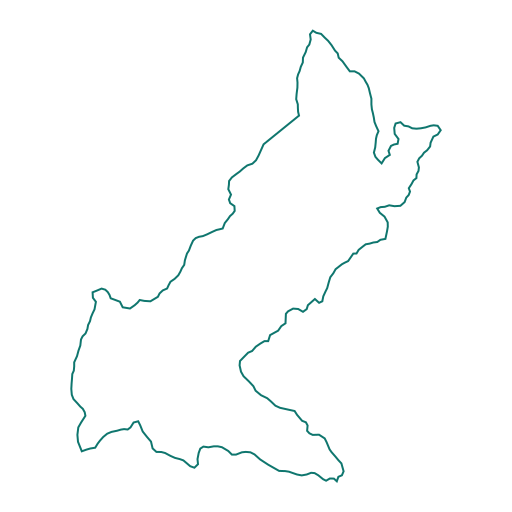 the district of Santo Anastácio, São Paulo, Brazil
{"feature_id": "56859067B41662494017714", "entity_name": "Santo Anastácio", "entity_type": "district", "adm_level": 2, "iso_a3": "BRA", "parent_name": "Brazil", "parent_adm1": "São Paulo", "projection": "orthographic", "projection_center": [-51.711, -22.014], "detail": "fine", "context": "isolated", "style": "outline", "palette": "teal", "viewbox_px": 512, "rotation_deg": 0, "n_neighbors": 0, "source": "geoboundaries", "source_scale": "gbopen_adm2", "svg_char_len": 4155}
<svg xmlns="http://www.w3.org/2000/svg" viewBox="0 0 512 512"><path d="M81.8,451.3L86.5,449.6L90.3,448.5L95.2,447.7L97.7,443.6L100.0,440.6L103.2,437.0L107.2,433.7L111.5,431.9L117.2,430.7L120.9,429.6L124.1,429.1L127.7,429.5L130.5,427.4L133.6,422.5L138.2,421.3L140.2,425.3L142.7,431.5L146.9,436.8L151.0,441.6L152.6,448.4L156.4,451.9L161.3,452.0L165.1,453.0L170.5,455.9L175.0,457.9L179.8,459.1L183.4,460.4L186.6,463.1L190.2,466.2L194.4,467.7L198.0,464.2L197.5,459.1L198.7,452.9L200.3,448.6L203.4,446.6L208.4,447.3L214.0,446.3L217.7,446.3L221.9,447.2L228.3,451.0L231.9,454.6L236.0,454.6L241.9,452.3L245.7,451.9L250.4,452.3L254.5,454.4L260.1,459.4L268.2,464.7L279.1,470.9L285.2,471.1L289.0,471.7L292.1,472.8L297.0,474.5L301.7,475.4L306.7,474.5L311.1,472.8L314.6,473.1L318.3,475.3L323.1,479.2L326.1,480.7L329.9,478.5L333.9,478.6L336.8,481.3L338.4,476.8L341.9,475.3L343.6,471.3L341.4,463.4L338.4,460.2L335.6,456.8L331.5,452.1L329.6,449.4L326.6,442.2L324.7,438.4L319.0,434.7L312.7,434.9L309.4,433.3L307.1,430.8L307.6,425.5L305.9,422.3L302.1,420.8L297.1,414.9L294.6,411.0L289.0,409.8L280.0,407.8L275.4,405.7L270.9,401.4L267.2,398.2L261.0,395.2L255.6,390.7L253.4,386.2L248.8,381.3L243.6,376.3L241.0,371.7L239.6,365.4L240.0,361.0L243.4,357.5L248.1,352.7L252.1,351.0L255.8,346.7L260.3,343.6L264.5,341.1L268.2,341.1L270.1,335.1L274.6,332.6L278.1,330.7L281.3,326.1L285.5,323.3L285.9,313.8L288.1,311.3L293.1,308.6L298.2,309.0L303.0,311.8L306.7,309.1L307.9,305.2L314.9,299.0L319.1,302.8L322.3,301.3L323.3,296.3L325.5,291.5L327.2,288.1L328.7,282.5L330.3,277.2L333.3,273.3L335.6,269.2L342.0,264.2L344.9,262.6L348.1,261.1L350.2,258.1L353.3,253.6L356.5,253.5L358.7,249.8L363.1,246.3L365.7,244.3L369.7,243.6L373.3,242.5L377.3,242.0L380.4,239.8L385.4,238.9L387.0,231.4L387.8,226.7L387.7,222.4L384.5,216.6L379.8,212.8L377.2,208.5L380.7,207.1L384.8,206.8L389.2,205.3L394.5,206.2L400.4,205.8L404.6,202.1L406.3,197.6L408.7,195.0L410.0,191.6L408.8,188.2L411.5,184.1L413.5,180.4L416.4,178.1L416.6,174.4L418.5,170.9L418.9,167.4L417.4,161.8L419.2,158.3L422.0,155.7L424.0,152.7L427.1,150.3L430.1,146.5L430.6,142.7L433.4,136.6L437.7,134.5L440.7,130.2L437.7,125.8L433.7,125.3L430.5,125.8L425.6,127.4L420.8,128.3L416.5,128.7L412.2,128.3L408.5,126.4L404.2,125.7L400.5,122.2L395.6,123.5L394.2,127.9L394.7,133.9L398.5,139.0L397.6,143.8L394.0,144.5L391.0,145.9L388.5,150.8L389.8,154.9L384.9,158.1L381.6,163.4L377.8,159.6L375.4,156.8L373.9,152.6L375.2,147.4L375.7,142.5L376.0,138.7L376.8,135.2L378.5,131.2L376.1,126.0L374.5,122.0L373.8,117.5L372.9,113.2L371.9,109.3L371.4,104.5L371.4,98.7L370.0,93.3L368.8,88.2L367.5,84.8L365.6,81.6L363.9,78.4L359.0,73.6L354.5,71.3L349.8,71.3L346.3,66.6L342.5,61.3L338.7,57.7L337.7,53.4L335.0,50.6L331.5,45.1L328.1,40.8L324.7,37.6L321.1,33.9L316.3,32.8L312.8,30.7L310.0,34.3L310.7,39.5L309.3,44.6L307.1,47.3L305.7,52.1L303.0,57.6L302.8,62.5L300.8,66.8L299.6,71.1L298.1,74.4L297.1,78.2L297.5,82.6L297.4,87.6L296.6,94.0L296.2,99.2L297.8,104.3L297.9,108.3L298.1,111.8L299.0,115.6L263.6,144.3L258.6,155.5L256.0,160.3L252.4,163.7L247.3,165.4L243.3,168.4L239.7,171.6L236.1,174.2L231.9,177.4L229.1,181.0L228.9,184.9L228.3,189.2L231.0,194.6L228.9,199.5L230.2,203.2L234.4,206.1L234.7,210.9L232.7,213.7L230.0,216.1L227.9,219.2L224.8,223.0L222.7,228.5L219.5,229.3L216.4,230.0L212.2,231.9L207.0,234.4L202.9,236.1L199.0,236.8L195.7,238.1L193.1,240.6L190.8,245.6L188.9,250.6L187.0,253.5L185.9,257.0L184.9,260.3L184.2,264.9L181.9,268.2L180.4,271.6L178.3,275.3L174.6,278.9L170.5,281.7L168.6,285.2L167.1,288.5L162.8,290.4L159.6,293.4L157.9,296.8L153.9,299.2L150.4,301.3L144.3,300.9L139.7,300.0L137.6,302.6L134.7,305.2L130.0,308.5L122.7,307.3L119.9,301.7L114.3,299.6L110.7,298.3L109.5,294.9L107.8,292.1L105.3,289.7L101.6,288.6L96.4,290.8L92.6,292.3L92.9,297.8L95.9,301.8L94.5,309.4L92.6,313.3L90.9,317.4L90.0,321.2L88.1,325.0L87.4,329.0L85.5,333.5L82.6,336.3L81.0,339.5L80.3,345.6L78.5,350.6L77.0,356.2L74.2,362.3L74.2,366.4L73.8,370.7L72.3,374.0L72.0,378.7L71.6,383.5L71.3,388.9L71.8,394.8L73.5,399.1L77.5,403.4L80.3,406.6L82.8,408.8L84.7,412.2L85.4,415.8L81.1,422.5L78.3,427.4L77.4,434.8L78.0,441.8L80.2,447.3L81.8,451.3Z" fill="none" stroke="#0f766e" stroke-width="2"/></svg>